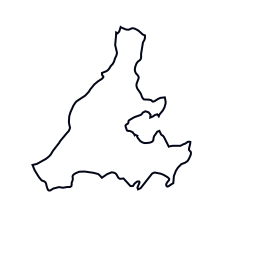 outline of Salzburg, rotated 117°
{"feature_id": "AUT-2327", "entity_name": "Salzburg", "entity_type": "State", "adm_level": 1, "iso_a3": "AUT", "parent_name": "Austria", "parent_adm1": "", "projection": "equal_earth", "projection_center": [12.999, 47.494], "detail": "fine", "context": "isolated", "style": "outline", "palette": "ink", "viewbox_px": 256, "rotation_deg": 117, "n_neighbors": 0, "source": "natural_earth", "source_scale": "10m", "svg_char_len": 3378}
<svg xmlns="http://www.w3.org/2000/svg" viewBox="0 0 256 256"><g transform="rotate(117 128 128)"><path d="M48.3,181.9L48.4,180.3L46.1,179.6L41.4,180.4L41.5,179.8L41.2,175.0L40.9,173.8L40.1,172.0L39.3,171.3L37.7,170.1L37.1,169.3L36.6,168.0L36.4,166.6L36.4,164.3L36.6,162.4L38.0,157.4L37.8,154.9L40.6,153.6L42.0,153.4L45.0,153.5L56.0,150.0L59.5,148.2L60.9,148.0L62.1,148.2L64.3,149.3L65.6,149.6L67.1,149.7L70.3,149.3L72.2,148.7L73.5,148.1L74.7,147.0L75.7,145.7L76.6,143.3L77.3,142.2L77.9,141.5L78.6,141.2L79.6,141.0L84.4,140.5L85.6,140.1L86.6,139.6L87.4,138.9L88.2,138.1L88.9,137.2L91.0,133.2L92.0,131.7L94.0,129.6L94.6,128.6L95.1,127.6L95.3,127.1L95.1,126.3L93.2,122.1L92.8,120.6L92.7,119.6L93.2,118.6L93.3,118.0L92.9,117.4L92.0,116.5L88.6,114.5L86.5,112.9L84.0,109.1L87.5,106.4L89.3,105.6L92.8,104.9L96.4,104.9L101.9,106.1L103.6,105.9L102.5,108.1L104.1,109.8L106.6,111.2L108.6,112.9L105.9,114.0L104.7,116.9L105.2,120.1L107.6,121.8L109.1,122.0L110.1,122.3L110.9,122.9L115.4,127.2L120.2,130.3L121.3,130.7L122.1,130.5L122.9,130.1L124.0,130.1L124.9,130.5L125.5,131.0L126.1,131.3L127.1,131.3L127.8,130.8L130.6,127.9L130.6,126.8L130.3,126.1L130.0,125.4L129.8,124.7L129.7,123.9L129.7,121.7L130.0,121.4L130.9,119.3L131.0,119.2L130.8,119.2L130.7,116.4L131.0,116.5L132.6,114.6L132.6,114.3L133.8,111.8L134.0,111.5L134.2,110.0L134.3,108.5L134.0,106.8L133.2,105.0L131.3,102.1L130.1,100.9L128.9,100.1L127.4,99.9L124.9,100.8L123.4,101.0L117.9,100.2L116.3,98.7L118.2,96.3L118.8,95.4L119.0,94.5L119.0,93.7L119.2,92.9L119.7,91.9L126.1,83.2L125.6,82.8L123.5,80.0L120.2,73.4L118.5,72.0L117.7,71.6L115.8,69.8L113.4,68.6L112.6,67.6L112.1,66.3L112.1,66.1L114.0,65.4L118.6,64.3L119.8,63.7L120.1,63.1L120.8,61.2L122.0,60.4L123.8,59.9L128.0,59.7L130.5,60.0L132.9,61.3L135.8,63.9L136.2,64.2L136.7,64.3L140.6,65.5L144.3,65.9L150.0,65.3L156.6,62.6L159.6,64.5L160.6,64.9L161.5,65.5L162.3,66.3L162.2,67.3L161.4,68.2L160.0,68.5L158.5,68.4L155.9,67.8L155.2,67.9L154.7,68.2L154.4,68.8L154.0,69.9L153.8,71.4L153.6,75.0L153.7,76.6L153.9,78.3L155.2,82.8L155.6,84.0L156.5,85.0L158.0,85.9L175.8,89.4L178.1,91.2L176.9,92.5L175.3,92.7L171.5,92.9L170.8,93.4L170.6,93.9L171.1,94.9L171.4,95.3L171.9,95.7L172.9,96.2L174.9,97.0L177.4,97.2L178.1,98.4L178.6,99.5L175.0,109.1L176.7,111.6L177.0,112.7L176.7,114.0L176.1,115.0L174.6,117.2L174.1,118.8L174.3,120.8L175.0,122.5L178.5,125.6L184.2,128.7L183.4,130.6L182.7,132.9L182.6,133.9L183.6,138.4L186.5,146.9L189.1,151.6L192.2,154.2L193.9,155.2L195.4,155.6L196.7,155.2L198.1,154.2L199.7,153.6L202.5,153.3L204.0,152.5L205.5,152.1L206.8,152.8L208.4,155.7L210.6,158.6L211.1,159.8L211.4,160.9L211.8,162.2L212.6,163.4L215.9,167.1L218.9,168.9L219.6,170.0L219.4,171.3L217.5,173.4L214.6,175.9L213.8,177.0L213.6,178.6L213.9,181.2L213.3,182.6L212.2,185.1L208.0,192.0L204.3,196.3L201.4,192.9L192.8,187.1L189.3,185.5L186.8,184.8L182.4,184.5L172.5,182.6L170.4,182.5L161.3,180.4L157.4,179.4L155.5,179.5L154.0,179.8L151.6,181.9L149.3,183.5L144.1,185.7L140.2,186.4L132.8,186.8L129.9,186.5L128.0,186.1L126.4,185.3L118.5,180.8L113.7,179.4L110.5,179.1L104.5,177.8L100.0,175.9L96.1,173.6L94.8,173.2L93.9,173.1L93.4,173.3L93.1,173.6L93.0,174.0L92.9,174.4L92.8,174.7L92.4,175.2L92.1,175.5L90.8,176.2L87.0,172.9L85.3,172.1L83.4,171.7L80.7,171.5L77.9,170.7L75.2,170.6L71.8,171.2L69.5,171.2L67.4,171.5L65.8,172.1L59.9,177.1L51.1,180.6L48.3,181.9Z" fill="none" stroke="#020617" stroke-width="2"/></g></svg>